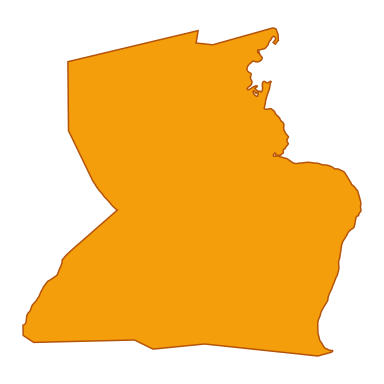 outline of Las Vegas, Santa Bárbara, Honduras
{"feature_id": "27666195B74712516647149", "entity_name": "Las Vegas", "entity_type": "district", "adm_level": 2, "iso_a3": "HND", "parent_name": "Honduras", "parent_adm1": "Santa Bárbara", "projection": "albers", "projection_center": [-88.037, 14.873], "detail": "fine", "context": "isolated", "style": "filled", "palette": "amber", "viewbox_px": 384, "rotation_deg": 0, "n_neighbors": 0, "source": "geoboundaries", "source_scale": "gbopen_adm2", "svg_char_len": 5821}
<svg xmlns="http://www.w3.org/2000/svg" viewBox="0 0 384 384"><path d="M278.4,40.5L278.0,34.3L276.6,30.5L276.0,29.0L275.3,28.6L274.4,28.3L273.7,28.1L272.6,28.0L212.7,44.8L196.1,43.0L198.1,30.6L67.9,61.7L68.5,130.7L92.5,180.3L93.6,182.1L95.1,184.3L95.7,185.4L96.2,186.2L96.8,187.1L97.7,188.3L98.5,189.5L100.4,191.8L102.5,194.1L103.5,195.7L104.6,197.1L108.5,201.1L110.5,203.5L112.3,205.7L116.2,209.4L116.7,209.8L117.4,210.0L80.8,242.1L76.3,245.9L70.1,251.5L65.8,255.6L64.0,257.9L62.2,259.8L62.2,262.1L61.6,263.9L61.3,265.0L59.2,269.7L57.8,273.5L57.2,274.9L56.1,275.9L50.7,279.6L47.8,281.3L46.2,283.2L44.4,285.8L44.1,286.1L43.2,287.4L42.5,289.0L41.5,290.8L41.0,291.6L38.8,296.9L37.5,298.4L36.9,299.6L35.9,301.1L33.8,303.4L32.3,305.2L31.9,306.0L31.5,306.9L31.2,307.9L30.8,309.2L30.4,310.2L29.5,311.7L29.1,312.1L28.4,312.7L28.0,313.1L26.8,315.6L26.1,321.4L26.0,322.1L25.7,323.0L25.3,323.7L24.7,324.4L24.2,324.7L23.0,325.2L23.2,335.5L33.7,342.4L134.5,340.0L153.0,349.1L204.6,344.0L317.8,356.0L331.4,352.2L332.2,351.7L332.7,351.0L332.3,350.4L331.0,350.5L329.7,350.3L327.1,349.0L325.9,348.7L324.6,347.7L323.2,345.8L322.1,343.8L319.7,340.2L319.1,337.6L318.3,334.5L317.9,332.5L317.8,327.4L317.8,322.1L318.3,320.1L319.8,316.4L320.6,313.9L320.9,312.3L321.9,310.4L323.2,307.9L324.7,305.4L326.3,303.0L327.7,300.5L328.2,297.0L329.0,294.5L330.3,291.7L331.9,288.4L332.9,285.4L334.4,281.8L336.3,276.9L337.2,275.3L337.5,274.5L338.0,272.2L338.7,269.8L338.9,268.3L338.9,266.4L338.7,264.5L338.6,262.9L338.6,261.5L339.2,259.7L339.8,257.3L340.3,253.8L340.8,250.8L341.1,248.2L341.4,246.1L341.8,244.4L342.7,241.8L343.0,241.2L346.7,235.4L347.0,234.7L347.7,233.3L348.3,232.3L349.2,231.3L350.5,230.0L353.3,228.0L353.7,227.6L354.0,227.2L354.2,226.6L355.0,223.3L355.2,221.6L355.9,218.3L356.3,216.9L356.6,216.5L357.2,216.1L358.5,215.7L358.6,214.7L359.0,213.8L359.7,212.6L360.4,211.8L361.0,210.8L360.8,208.9L360.5,207.2L360.5,206.1L360.8,204.3L360.8,202.5L359.4,196.9L359.0,195.8L358.8,194.8L357.4,190.3L356.8,190.0L356.3,189.7L356.0,189.1L355.7,188.4L354.6,187.1L353.5,186.0L352.6,185.3L351.9,184.7L351.6,184.4L351.0,183.0L347.8,177.6L344.8,172.8L344.0,171.8L343.7,171.6L338.2,169.0L337.2,168.9L335.7,169.0L334.9,168.8L334.1,168.4L332.8,167.4L330.9,166.4L329.0,165.7L327.2,165.2L326.1,165.0L324.3,165.0L322.3,164.7L321.1,164.4L319.2,163.6L317.2,163.2L315.8,163.1L313.8,163.0L310.7,162.5L308.2,162.3L307.0,162.3L306.1,162.4L301.8,163.0L299.0,163.1L297.0,163.6L296.3,163.6L295.3,163.5L294.0,163.2L292.7,162.7L288.4,159.6L287.5,159.0L286.7,158.6L282.4,157.4L281.5,157.1L280.5,157.0L277.9,155.9L277.0,155.9L274.1,156.4L273.7,156.3L273.5,155.9L273.3,155.6L273.3,155.3L273.4,155.0L273.5,154.7L274.3,153.6L274.8,153.2L275.1,153.0L275.4,153.0L275.5,153.1L275.9,154.7L276.0,155.0L276.4,155.3L278.2,155.3L279.2,155.4L280.3,155.2L280.9,155.0L281.7,154.1L282.9,153.3L283.3,152.8L283.4,152.5L283.2,150.5L283.2,150.1L283.2,149.9L283.8,149.3L284.1,149.1L284.6,149.0L284.9,148.8L285.2,148.4L285.4,147.7L285.7,147.2L288.0,144.4L288.2,144.0L288.3,143.6L288.2,143.4L287.8,142.6L287.1,141.9L287.0,141.5L287.0,140.9L287.1,140.1L287.3,139.1L287.4,138.8L287.9,138.2L288.3,137.5L288.4,137.1L288.4,136.8L288.1,136.3L285.6,133.3L284.9,131.7L283.9,129.8L283.7,129.0L283.7,127.9L283.8,126.0L284.0,124.7L283.8,124.2L283.5,123.4L282.9,122.5L281.4,121.2L280.5,120.2L280.1,119.4L279.8,118.6L279.6,118.1L279.4,117.7L277.0,115.4L276.1,114.5L275.6,113.9L275.1,113.2L275.0,112.3L274.4,111.5L273.8,110.8L272.4,109.7L271.5,109.0L270.9,108.7L270.5,108.7L270.0,108.7L267.3,109.2L265.7,109.3L265.2,109.2L264.8,109.1L264.5,108.8L264.3,108.5L264.3,108.0L264.3,107.7L265.0,104.6L265.4,102.7L265.6,100.6L265.9,99.8L267.1,95.3L268.6,91.1L269.3,89.4L270.3,83.6L270.5,82.8L270.8,82.4L271.0,82.1L271.1,81.8L271.0,81.5L270.8,81.3L270.2,81.4L269.6,81.7L268.8,82.3L268.4,82.6L267.8,82.8L267.3,82.9L266.8,82.9L266.4,82.7L265.6,81.9L264.7,81.4L264.3,81.4L263.9,81.4L263.6,81.5L263.2,81.8L262.9,82.2L262.7,82.7L262.4,83.7L262.3,85.4L262.4,86.6L262.6,87.0L262.5,89.3L262.3,90.3L261.9,91.2L261.4,91.7L260.9,92.0L260.7,91.9L260.5,91.5L260.3,91.3L259.8,91.2L259.2,91.1L258.6,91.2L258.5,91.4L258.1,92.9L257.9,94.9L257.6,96.1L257.5,96.3L257.2,96.4L256.8,96.3L256.1,96.0L254.8,95.2L253.9,94.3L253.6,93.8L253.3,92.9L253.1,91.9L253.0,91.5L253.2,91.1L253.5,90.8L253.8,90.7L254.1,90.9L254.4,91.2L254.8,91.6L255.1,92.2L255.4,93.0L255.8,93.3L256.0,93.3L256.3,93.2L256.5,93.1L256.8,92.6L257.0,92.6L257.5,92.5L257.9,92.2L258.0,92.0L257.9,91.7L257.5,91.0L255.9,89.4L255.1,88.8L254.8,88.4L254.9,88.2L255.2,88.1L255.4,88.0L256.1,87.4L257.1,86.8L257.3,86.3L257.3,86.1L257.2,86.0L256.7,85.8L256.2,85.8L255.4,86.0L254.5,86.3L253.3,86.9L251.2,88.3L249.1,89.5L248.4,89.7L247.8,89.7L247.5,89.6L247.3,89.4L247.3,89.0L247.3,88.6L247.6,88.0L247.8,87.6L248.6,86.9L249.6,86.3L250.3,85.8L250.9,85.2L251.5,84.3L251.6,84.0L251.8,83.4L252.0,81.8L251.9,81.2L251.1,79.8L250.5,78.2L250.3,77.4L250.3,77.1L250.8,76.3L251.0,75.5L251.2,74.4L251.1,73.7L250.8,73.3L248.7,72.1L248.1,71.7L247.6,71.0L247.2,70.3L247.0,69.5L246.9,69.0L247.0,68.3L247.8,66.3L248.1,65.5L248.5,65.0L248.9,64.5L249.5,64.0L250.8,63.0L252.6,61.2L253.1,61.1L253.6,61.1L254.0,61.2L254.7,61.6L255.3,61.7L257.2,61.9L258.1,61.9L259.3,61.3L260.4,60.7L261.2,60.1L261.7,59.4L262.1,58.3L262.2,57.5L260.6,55.6L260.0,54.6L259.5,53.7L259.3,52.6L259.1,52.1L259.0,51.9L258.7,51.6L258.3,52.1L258.2,52.9L257.9,52.7L257.7,52.2L257.6,51.6L257.7,50.6L257.9,49.8L259.1,50.2L259.4,50.2L260.0,49.8L260.4,49.6L263.8,48.9L264.8,48.5L265.7,47.8L266.2,47.2L268.0,44.9L269.0,42.1L269.2,41.6L269.9,40.7L270.8,39.9L271.3,38.7L272.1,37.4L272.7,36.8L273.4,36.4L273.7,36.3L273.9,36.3L274.7,36.8L275.4,37.6L275.6,37.9L275.6,38.3L275.5,39.0L275.1,40.0L273.1,42.5L273.9,43.1L275.2,44.1L275.3,44.1L275.5,44.1L275.7,43.8L276.9,42.0L278.0,40.7L278.4,40.5Z" fill="#f59e0b" stroke="#b45309" stroke-width="1.5"/></svg>